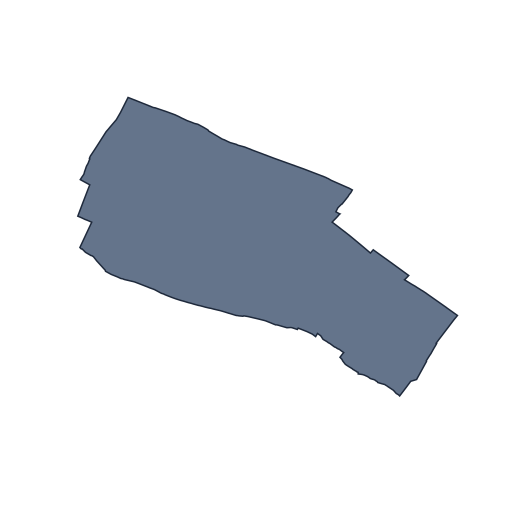 Jorasti, Galati, Romania, rotated 313°
{"feature_id": "2599482B93588998521445", "entity_name": "Jorasti", "entity_type": "district", "adm_level": 2, "iso_a3": "ROU", "parent_name": "Romania", "parent_adm1": "Galati", "projection": "mercator", "projection_center": [27.867, 45.988], "detail": "fine", "context": "isolated", "style": "filled", "palette": "slate", "viewbox_px": 512, "rotation_deg": 313, "n_neighbors": 0, "source": "geoboundaries", "source_scale": "gbopen_adm2", "svg_char_len": 3471}
<svg xmlns="http://www.w3.org/2000/svg" viewBox="0 0 512 512"><g transform="rotate(313 256 256)"><path d="M275.2,457.7L276.6,457.3L281.4,456.1L295.2,452.6L295.5,452.0L301.3,450.9L304.0,450.5L305.1,450.2L309.6,449.1L311.9,448.6L313.7,448.2L315.2,447.8L315.1,447.2L317.4,447.0L318.8,446.8L322.0,446.5L327.9,445.9L344.9,444.2L347.0,444.1L349.9,443.9L348.2,431.0L348.2,430.6L344.9,406.7L344.9,406.3L344.8,405.7L344.1,401.5L343.8,400.4L343.4,398.1L343.2,397.0L342.9,395.7L342.5,393.2L341.5,389.0L339.9,380.8L340.8,380.9L343.7,381.0L345.9,381.0L343.5,361.1L341.5,345.6L340.5,337.5L336.2,337.7L335.8,328.7L334.9,312.7L334.4,306.3L333.8,300.0L332.7,288.6L332.9,288.6L334.8,288.6L338.1,288.7L340.7,288.7L342.6,288.6L343.3,288.6L344.0,288.7L343.9,288.5L342.8,284.3L343.7,284.0L347.2,283.0L352.3,283.2L352.6,283.5L352.8,283.5L362.0,282.8L364.5,282.3L366.7,282.2L368.5,281.8L370.0,281.4L369.0,277.5L368.6,276.5L365.6,267.9L362.6,259.3L362.2,257.6L361.9,256.1L361.4,254.8L361.2,253.9L360.7,252.5L352.3,231.7L339.9,202.8L331.3,181.9L328.0,173.4L324.5,166.8L324.4,165.8L321.3,159.7L320.4,157.0L319.4,153.7L318.5,151.6L315.9,139.9L315.1,136.2L315.3,135.6L315.4,135.3L315.3,134.3L314.3,129.7L313.5,126.7L312.7,123.6L311.0,120.6L309.8,117.5L308.0,113.2L307.1,110.3L306.2,107.6L305.3,104.3L304.3,101.3L304.3,101.1L303.4,98.9L300.7,92.5L297.2,84.7L295.7,81.4L294.5,79.5L288.1,62.9L284.7,54.3L279.2,55.9L268.6,59.0L260.4,60.9L251.1,61.3L247.9,61.5L244.7,61.6L231.2,64.1L223.4,65.5L216.1,66.7L215.8,66.8L213.7,67.6L213.6,67.9L213.6,68.3L212.7,68.6L210.2,69.6L209.3,70.0L206.3,70.7L205.5,71.0L202.4,72.4L200.3,73.3L199.4,73.9L198.1,74.4L195.2,74.8L192.0,75.4L193.3,80.5L194.7,85.9L191.6,87.1L177.0,93.0L163.6,98.5L164.9,102.1L166.1,105.9L167.2,108.6L168.7,112.8L142.1,121.4L142.0,123.5L142.6,124.1L142.4,128.6L142.4,128.8L143.8,135.0L144.3,135.8L144.5,136.8L144.6,137.8L143.8,142.8L143.2,150.3L143.0,152.4L142.8,155.3L142.2,156.4L143.8,162.7L144.7,165.0L146.2,168.9L147.4,172.6L148.3,173.9L149.0,175.7L154.2,184.8L154.5,185.6L155.7,188.5L159.0,196.8L159.3,197.5L160.1,199.7L162.0,204.2L162.2,204.7L164.2,212.3L165.2,214.3L165.5,215.5L166.1,217.1L168.2,222.4L169.9,226.4L172.2,231.3L172.8,232.4L173.8,234.3L175.7,238.2L177.2,240.9L178.3,243.2L180.6,247.6L181.5,249.0L183.0,251.8L183.9,253.6L185.9,257.1L187.0,258.8L188.2,261.1L191.7,267.2L193.6,271.0L195.6,275.2L196.0,275.9L199.0,282.1L199.6,282.8L200.7,284.5L203.1,287.6L203.9,287.9L206.3,291.5L211.4,300.4L214.5,306.0L215.1,307.2L216.8,311.5L218.4,315.8L219.1,317.5L219.6,317.9L219.9,318.3L220.6,319.6L224.6,327.5L227.5,330.3L228.1,331.2L230.5,336.4L231.8,336.0L232.0,336.0L234.6,342.6L235.5,344.9L237.3,350.6L237.4,351.7L237.7,354.6L241.3,353.8L241.8,357.7L240.8,361.7L240.8,362.1L241.3,364.3L241.8,366.6L241.9,368.1L242.4,369.7L243.0,375.4L243.6,376.9L243.8,378.7L244.6,380.8L244.8,383.2L245.2,386.0L243.0,386.1L241.0,386.3L239.2,386.5L239.0,389.4L238.4,390.9L237.7,395.1L237.9,396.6L238.2,398.3L238.3,398.9L238.6,400.3L239.2,403.3L239.2,404.5L239.5,405.6L239.7,406.7L240.0,407.7L240.0,408.7L240.6,410.0L239.4,411.2L240.3,412.4L240.8,413.1L241.2,413.7L241.8,414.5L242.5,415.9L242.9,416.8L243.3,418.1L243.8,419.5L244.0,420.4L244.2,421.6L244.3,423.1L244.8,424.2L245.3,425.2L245.9,426.3L246.3,427.3L246.4,427.8L246.4,428.6L246.8,430.4L246.5,431.3L248.1,434.6L249.8,437.8L251.5,448.1L251.1,452.3L251.7,455.0L251.6,456.5L253.7,456.3L261.8,455.5L269.9,454.6L272.6,456.2L275.2,457.7Z" fill="#64748b" stroke="#1e293b" stroke-width="1.5"/></g></svg>